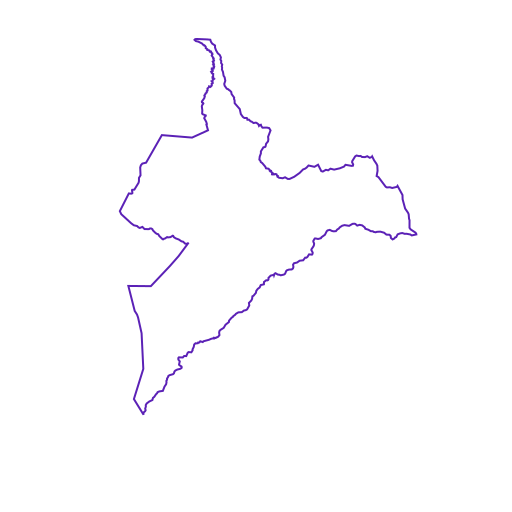 Changara, Tete, Mozambique, rotated 20°
{"feature_id": "85939544B96154885816761", "entity_name": "Changara", "entity_type": "district", "adm_level": 2, "iso_a3": "MOZ", "parent_name": "Mozambique", "parent_adm1": "Tete", "projection": "mercator", "projection_center": [33.152, -16.661], "detail": "fine", "context": "isolated", "style": "outline", "palette": "violet", "viewbox_px": 512, "rotation_deg": 20, "n_neighbors": 0, "source": "geoboundaries", "source_scale": "gbopen_adm2", "svg_char_len": 6094}
<svg xmlns="http://www.w3.org/2000/svg" viewBox="0 0 512 512"><g transform="rotate(20 256 256)"><path d="M211.5,416.3L214.6,414.6L214.7,409.9L215.4,407.3L215.1,405.3L214.5,404.1L214.7,402.6L214.3,401.5L214.7,400.2L214.7,398.6L215.6,397.5L218.5,395.4L219.0,394.4L218.9,392.4L219.4,391.2L220.9,389.6L223.2,388.1L224.3,386.8L224.2,385.8L223.7,385.3L221.3,384.8L220.8,384.3L220.4,381.1L218.5,379.9L217.9,378.5L218.2,377.6L221.9,376.4L222.7,374.5L224.7,373.9L224.9,370.5L225.4,369.4L228.2,368.6L228.7,366.3L228.3,365.4L228.6,362.8L228.2,360.3L229.0,358.7L230.2,358.4L231.2,357.8L231.2,357.1L232.4,356.6L232.8,355.2L235.4,355.1L235.8,354.1L240.5,350.8L242.0,349.3L243.7,348.1L244.6,348.0L244.5,347.2L246.2,346.9L246.6,346.0L247.4,345.6L248.1,344.7L248.7,342.8L247.6,340.7L247.3,339.1L247.8,337.7L250.2,334.6L250.9,330.9L253.1,327.4L252.8,325.9L254.2,322.3L255.1,321.1L255.2,320.3L256.5,318.4L256.9,317.2L258.7,315.0L261.9,313.6L263.3,311.4L264.9,310.4L265.9,309.2L266.6,304.8L265.4,302.5L266.8,299.5L267.0,297.6L266.4,295.1L267.2,294.3L268.5,290.7L268.2,288.6L268.9,286.3L270.2,284.3L270.4,281.7L273.1,279.9L272.4,277.7L273.9,275.3L275.1,275.0L275.6,274.4L275.7,273.6L275.2,272.3L276.5,269.4L279.3,267.5L279.5,267.8L279.5,266.3L280.2,265.5L282.8,266.0L284.6,265.6L285.8,265.7L288.6,263.9L289.4,262.7L289.5,259.8L289.9,258.9L291.6,257.5L294.2,256.4L295.0,255.1L294.9,253.5L293.8,251.5L294.2,249.8L296.8,248.1L298.6,245.5L301.8,243.9L302.8,240.7L303.9,240.4L304.6,239.4L305.3,236.3L308.1,235.6L308.4,234.6L308.1,233.4L306.0,231.5L305.8,230.8L306.7,227.1L306.7,225.7L306.3,224.3L305.0,223.0L304.7,222.2L305.1,220.0L305.2,219.5L306.1,219.1L308.5,218.8L310.9,217.1L311.1,216.0L313.5,212.5L314.0,208.5L314.5,207.5L316.4,206.2L318.9,206.5L320.7,206.2L322.6,205.3L323.3,203.3L324.5,201.8L324.8,200.6L326.6,198.1L328.6,196.7L333.2,195.8L335.7,192.8L337.4,192.0L338.4,191.9L340.7,192.8L342.7,191.3L345.3,190.9L348.5,192.0L349.4,193.0L352.7,192.9L355.4,193.4L357.3,192.8L358.3,193.1L360.3,192.8L361.4,191.9L364.5,190.6L368.4,190.3L371.2,191.3L374.1,190.4L375.6,191.0L376.6,192.9L378.7,193.7L380.0,192.3L380.3,191.0L381.3,190.3L381.7,187.2L383.8,185.4L385.6,184.4L388.2,184.3L389.9,183.6L393.7,183.0L395.3,183.4L399.3,180.9L398.9,180.2L397.9,179.5L392.2,178.1L390.6,177.0L388.0,169.8L387.1,168.7L385.2,164.6L384.1,163.4L379.9,160.4L374.4,152.6L372.8,148.6L365.0,141.7L364.7,142.9L360.7,145.5L358.3,145.6L355.6,146.8L354.2,146.6L344.1,140.0L342.0,139.6L341.1,134.4L339.1,129.6L337.7,128.2L334.1,125.6L331.1,122.7L331.0,123.3L329.3,124.8L326.4,124.2L324.6,125.8L321.7,126.7L320.1,126.2L318.6,126.9L316.1,127.2L315.1,128.5L314.0,133.9L314.2,135.0L316.0,136.7L316.2,138.0L315.1,138.6L308.9,139.7L308.1,141.9L304.8,144.9L299.9,148.1L296.1,148.5L294.5,150.8L292.2,151.1L289.9,153.8L288.3,153.9L283.1,149.0L280.4,152.2L274.4,153.0L273.3,155.6L272.3,157.1L270.6,158.6L268.6,163.0L264.8,168.5L261.2,172.1L259.5,172.7L256.4,172.1L254.5,173.8L250.9,174.6L249.2,174.2L249.2,173.4L248.4,173.4L247.3,172.2L246.2,172.3L245.4,173.0L244.3,172.7L244.1,173.6L243.1,173.8L242.7,172.2L242.0,172.0L241.2,171.0L240.5,171.6L239.7,171.2L239.7,170.6L237.9,169.7L235.4,170.2L234.2,168.9L230.0,166.5L228.4,166.1L227.4,164.9L226.2,164.3L225.5,161.3L225.5,157.9L224.8,156.0L225.8,151.3L227.1,150.6L227.5,149.9L227.1,147.0L228.1,144.2L227.7,142.1L226.6,139.9L226.7,133.0L224.6,131.3L222.3,131.6L218.2,133.2L216.6,132.2L215.7,131.0L214.7,131.7L214.3,132.7L213.2,131.4L210.9,130.7L210.1,130.8L208.2,131.9L205.9,131.2L204.8,131.3L202.8,130.3L201.3,130.9L200.5,129.6L199.9,129.5L197.9,130.3L196.1,129.8L193.2,127.8L190.5,123.5L183.7,119.7L182.6,117.0L181.6,115.9L181.3,114.6L177.7,112.2L176.6,110.3L174.7,109.4L173.5,109.2L173.0,108.8L171.3,108.8L168.3,106.7L167.3,105.2L167.2,101.8L165.4,98.8L163.9,97.7L162.0,94.3L160.2,92.4L159.8,90.7L159.0,89.5L158.8,87.7L157.2,86.6L156.6,84.5L155.4,83.6L155.1,81.4L153.2,79.5L150.8,78.6L148.0,76.3L146.2,74.1L145.5,72.2L142.2,71.4L140.3,70.0L139.1,68.4L136.0,69.2L126.2,72.3L124.7,73.0L124.3,73.9L126.0,74.6L128.5,74.3L132.7,74.8L134.1,75.6L135.3,75.6L135.5,76.0L136.3,76.0L137.3,76.7L137.7,77.9L139.5,78.3L139.7,79.0L141.8,78.8L142.6,79.7L143.2,79.2L143.7,79.2L143.8,79.8L144.6,80.0L145.0,80.6L145.7,80.6L146.0,81.2L145.7,81.4L146.0,81.8L145.8,82.8L148.4,84.6L148.1,84.9L148.4,85.4L149.6,86.5L148.9,87.9L149.7,88.2L149.5,88.8L150.3,89.5L150.1,90.3L150.9,90.4L150.8,91.3L151.8,92.0L151.5,92.6L152.0,93.2L151.7,93.6L152.0,94.2L150.3,94.9L150.6,95.8L151.5,95.6L152.1,96.9L151.1,98.0L151.7,98.2L151.5,98.9L152.4,99.5L153.5,99.5L154.2,101.8L153.9,102.6L154.6,102.7L154.7,103.5L155.2,103.3L155.6,103.6L155.3,103.9L156.0,104.0L155.1,105.5L155.3,106.3L154.6,106.9L155.9,107.6L156.2,108.4L155.4,109.3L156.1,110.7L156.0,111.4L155.4,112.6L155.0,112.4L154.7,112.8L153.9,112.7L154.0,113.5L153.1,115.2L153.9,117.1L153.3,117.9L153.8,119.2L152.9,120.6L153.1,121.4L152.6,122.6L152.6,123.0L153.3,123.5L153.4,125.5L152.3,129.3L152.7,130.1L154.0,130.3L154.4,130.7L153.8,132.8L153.9,133.9L155.7,137.4L156.7,140.6L157.4,141.0L160.7,141.1L160.8,141.8L160.2,143.0L160.2,144.2L163.3,146.9L164.7,148.8L164.4,149.4L167.9,154.3L155.4,166.6L126.2,174.6L120.8,205.9L117.6,208.0L116.8,210.1L116.9,212.4L119.9,219.7L119.3,222.6L120.4,225.7L120.6,227.4L119.0,235.2L117.0,236.2L117.1,237.0L118.0,238.3L118.3,239.4L117.5,240.1L115.1,240.7L112.7,260.4L115.1,262.8L127.4,267.9L130.7,268.9L134.0,268.5L135.8,269.3L137.2,269.4L139.3,267.5L142.0,268.8L145.3,267.7L146.3,267.3L146.9,266.4L148.1,266.0L149.4,266.2L150.4,267.2L153.4,268.6L155.0,269.1L156.7,269.0L158.3,270.3L162.5,272.2L163.1,272.1L163.7,271.2L164.5,270.7L166.0,268.6L166.8,268.7L169.2,267.5L170.8,265.4L171.3,265.4L172.4,266.4L174.6,266.9L177.8,266.9L180.9,267.7L182.7,267.5L185.1,268.6L187.3,268.1L188.1,266.5L183.3,282.6L178.5,294.9L167.5,320.3L146.3,327.8L160.8,349.1L164.2,351.7L166.2,354.1L174.9,367.7L188.7,400.6L190.2,432.2L204.6,443.6L203.8,441.7L204.9,439.7L205.0,438.6L204.1,437.4L204.0,435.2L203.4,433.8L203.7,432.0L205.5,429.2L207.9,426.8L207.7,424.6L208.6,423.1L209.3,420.2L210.0,418.8L210.1,417.6L211.5,416.3Z" fill="none" stroke="#5b21b6" stroke-width="2"/></g></svg>